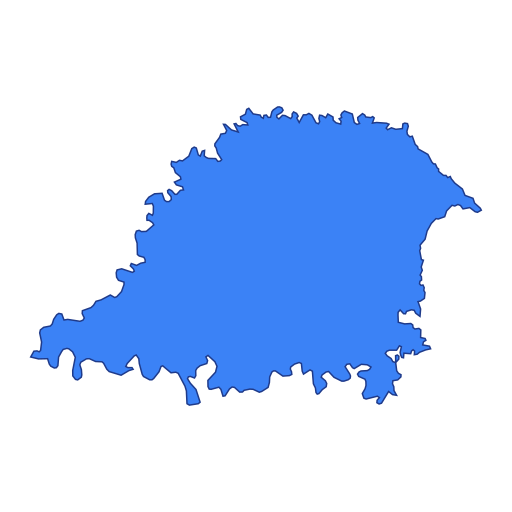 São Joaquim, Santa Catarina, Brazil
{"feature_id": "56859067B96100556004213", "entity_name": "São Joaquim", "entity_type": "district", "adm_level": 2, "iso_a3": "BRA", "parent_name": "Brazil", "parent_adm1": "Santa Catarina", "projection": "natural_earth1", "projection_center": [-50.031, -28.293], "detail": "fine", "context": "isolated", "style": "filled", "palette": "blue", "viewbox_px": 512, "rotation_deg": 0, "n_neighbors": 0, "source": "geoboundaries", "source_scale": "gbopen_adm2", "svg_char_len": 6082}
<svg xmlns="http://www.w3.org/2000/svg" viewBox="0 0 512 512"><path d="M395.7,362.6L392.8,361.6L391.1,358.5L387.1,355.8L385.3,353.3L386.9,351.2L389.4,350.2L396.6,350.2L399.4,345.8L401.4,346.7L400.1,352.4L400.7,355.0L401.7,357.4L403.5,357.8L403.9,353.2L410.7,353.7L411.6,350.9L413.1,349.7L414.6,351.1L414.3,354.7L417.2,354.2L419.5,352.3L425.7,349.9L430.6,348.8L429.5,346.2L422.7,344.9L423.5,341.8L425.9,340.3L425.1,338.5L420.6,337.5L420.8,329.9L418.9,328.4L414.9,329.0L413.1,327.6L412.7,324.9L410.8,323.5L404.7,323.9L398.3,322.3L398.0,315.0L398.1,312.3L400.1,309.9L403.6,313.7L405.5,313.8L406.5,311.4L411.4,309.8L414.2,310.3L415.7,313.2L420.0,316.4L420.6,309.0L418.0,301.6L420.4,301.1L424.4,298.4L425.0,292.6L423.8,290.3L424.2,287.7L423.0,285.0L421.0,285.4L419.5,283.8L419.9,281.3L421.6,280.0L421.4,276.6L420.1,275.1L422.3,270.3L421.2,267.0L423.4,260.2L421.4,259.6L419.7,250.7L420.6,248.3L420.0,245.2L425.1,239.2L427.1,231.0L431.3,223.4L436.0,218.6L438.2,219.0L444.7,216.7L446.6,210.9L452.0,205.3L454.8,206.0L457.9,204.5L460.5,205.5L463.0,208.9L469.8,207.6L475.1,211.7L477.5,212.3L481.3,210.2L480.3,208.2L474.6,203.1L473.0,198.3L465.0,195.4L462.4,189.0L454.8,183.1L451.2,178.7L450.3,176.5L447.7,177.6L446.0,175.4L443.5,175.4L438.6,171.4L438.6,169.0L437.1,167.8L435.4,164.0L433.4,163.8L431.8,162.0L427.9,154.4L418.1,148.9L417.6,146.6L415.2,144.4L412.3,136.2L409.8,136.8L407.4,134.4L406.9,131.3L408.3,126.2L407.5,123.6L404.7,123.1L402.9,123.9L402.4,128.6L395.8,129.3L391.4,127.8L387.6,129.7L386.2,128.1L389.0,124.2L386.5,123.2L376.6,122.5L372.4,123.1L374.2,117.9L372.7,116.6L370.8,117.6L365.8,117.0L364.7,115.0L362.5,113.6L357.7,117.5L357.9,120.1L359.6,123.5L356.9,124.4L354.3,122.5L352.3,114.0L344.4,111.0L342.1,112.8L340.9,115.0L341.7,117.5L339.1,118.8L341.1,121.2L340.7,124.1L336.0,122.8L333.2,120.2L333.0,117.0L327.8,114.0L325.7,117.7L321.9,115.5L319.6,115.2L318.9,118.4L319.7,121.7L318.5,123.8L316.0,122.8L311.9,115.2L308.9,113.4L306.3,114.8L303.4,114.8L299.2,122.5L296.8,118.1L298.2,116.1L296.6,113.4L293.6,111.9L292.1,114.0L292.2,116.6L290.7,118.6L285.1,115.6L282.5,115.3L278.9,118.9L276.9,117.4L276.7,115.2L281.6,112.4L283.1,110.2L281.8,107.8L279.4,106.9L277.6,107.0L273.2,110.0L271.9,111.8L270.5,117.3L268.2,117.4L266.4,115.0L263.9,115.4L263.3,118.3L261.2,117.1L260.2,115.1L253.1,113.9L248.8,108.3L246.7,109.4L245.4,114.2L240.5,116.8L240.8,119.4L247.1,122.6L247.8,125.0L242.8,124.6L240.2,126.2L237.6,125.6L235.9,123.5L234.1,123.9L238.2,132.0L231.4,129.9L225.4,124.4L223.5,124.3L226.7,130.5L225.4,133.3L220.8,134.1L219.6,137.3L214.9,143.8L214.8,145.9L216.2,148.0L217.6,153.2L221.7,159.6L220.2,161.1L217.8,161.4L215.7,158.6L208.5,158.4L206.3,157.5L204.2,155.8L204.6,150.4L202.2,151.2L200.3,156.1L198.3,154.9L196.3,148.0L194.2,147.1L191.8,148.6L188.8,156.2L182.5,160.9L179.5,160.3L176.3,162.4L171.7,161.4L171.1,164.1L171.7,166.3L173.8,167.8L175.4,172.6L180.4,176.7L180.9,179.2L174.4,182.1L176.4,184.9L182.5,186.8L183.5,189.9L180.4,190.3L176.8,194.3L174.9,194.3L171.7,190.7L169.1,189.4L167.6,190.6L167.8,192.7L171.1,196.6L171.3,199.6L169.1,201.6L166.5,201.6L164.5,200.2L162.1,193.3L154.5,193.8L148.8,197.2L145.6,201.4L145.2,204.2L152.3,203.5L153.4,206.1L153.3,213.1L152.4,215.3L148.8,213.4L147.0,215.6L146.8,218.0L147.0,220.3L149.1,220.3L152.6,222.7L153.8,224.9L146.3,231.4L141.4,231.6L139.1,230.3L136.4,231.1L135.2,234.6L135.4,237.9L137.1,243.1L137.4,254.5L139.2,256.0L143.9,257.3L145.2,259.8L145.1,262.3L140.7,263.2L136.6,265.4L131.3,263.5L130.3,265.8L133.4,268.9L134.3,271.2L132.5,272.4L121.7,268.8L117.1,269.9L116.2,272.8L116.6,277.2L118.5,280.3L124.0,282.1L124.0,284.6L121.5,291.6L116.8,296.7L114.7,297.5L110.3,295.0L101.0,299.9L96.0,301.3L93.5,305.3L91.0,307.6L82.4,310.7L82.2,313.6L84.3,318.0L82.9,320.2L80.0,321.3L67.7,319.4L64.0,320.0L61.8,314.0L58.8,313.4L56.7,314.8L53.7,319.3L52.2,324.0L50.4,326.0L43.7,327.3L40.4,329.9L39.7,332.9L41.6,342.1L40.6,350.4L39.2,351.8L37.0,350.9L33.9,351.2L30.7,357.0L38.5,358.9L47.6,358.7L49.3,364.1L50.8,366.2L54.3,368.0L56.4,367.7L57.9,365.7L58.6,357.0L61.6,351.6L63.2,349.4L66.9,348.4L68.8,348.8L72.6,351.8L75.3,357.3L72.7,370.5L72.8,375.9L75.5,379.4L77.7,379.9L81.3,377.2L81.8,374.9L81.4,369.7L79.8,364.8L80.8,362.2L86.5,358.8L89.4,358.7L95.6,361.5L102.0,361.8L103.6,363.2L106.8,369.2L109.2,371.6L121.1,375.2L128.9,370.6L133.1,369.3L132.0,367.6L127.9,367.6L125.8,366.5L127.2,363.5L134.2,355.9L136.2,355.0L138.8,358.7L139.3,363.6L142.2,374.3L143.5,376.5L149.7,379.8L152.0,379.8L153.7,378.5L159.0,371.8L161.0,366.5L162.7,365.8L171.0,372.8L175.8,372.2L178.2,373.3L185.0,386.2L186.4,390.9L187.0,403.7L189.4,405.1L198.3,403.7L200.1,402.2L196.0,389.5L190.3,383.2L187.5,378.7L188.4,376.8L190.3,376.4L194.5,378.0L195.8,375.7L195.7,370.5L197.1,368.1L200.1,365.7L206.8,363.5L207.6,360.6L205.9,356.9L208.0,355.4L214.9,361.7L217.0,366.3L215.5,372.2L207.9,380.4L208.0,386.6L209.2,389.1L211.1,389.3L218.9,387.2L220.9,389.3L223.0,396.2L225.1,395.8L229.5,388.9L232.1,387.0L234.5,387.4L239.7,392.1L242.5,392.0L244.1,390.3L249.8,389.1L253.1,389.3L259.3,392.2L261.6,391.5L268.1,387.4L269.4,382.5L269.7,376.9L271.9,372.0L273.5,370.9L275.4,370.9L282.9,376.1L289.4,375.6L291.8,374.4L291.5,371.7L290.3,369.1L290.7,367.0L294.5,364.1L299.2,362.5L301.4,363.5L302.2,371.1L303.5,374.1L310.0,369.9L312.4,371.2L313.4,383.8L315.4,387.9L316.0,392.5L317.2,394.1L318.9,393.6L322.3,389.6L326.2,386.7L326.7,383.5L325.4,380.8L321.2,377.2L322.1,374.9L326.1,372.0L328.6,371.5L334.0,377.3L341.7,381.1L344.0,381.1L348.3,379.7L350.2,378.1L350.5,376.0L349.8,374.1L345.1,366.7L346.8,364.3L349.8,363.8L352.5,367.7L354.2,368.6L361.3,364.3L367.3,364.8L371.0,367.0L369.6,369.3L367.3,370.6L361.0,371.0L359.1,371.9L357.5,374.1L358.7,376.4L365.0,379.2L365.9,381.5L366.0,385.4L365.1,388.7L362.3,393.6L363.9,398.2L366.1,399.0L377.4,396.2L379.4,397.6L377.1,400.3L376.9,402.7L379.1,404.0L381.5,403.2L388.6,391.5L392.5,394.6L396.6,395.3L394.0,390.6L393.8,386.7L392.5,383.8L392.9,380.7L397.7,379.9L400.9,376.9L401.0,374.7L398.4,373.3L396.7,370.8L395.7,362.6ZM395.7,362.6L398.8,359.1L398.9,356.2L397.3,355.0L395.6,355.7L395.7,362.6Z" fill="#3b82f6" stroke="#1e3a8a" stroke-width="1.5"/></svg>